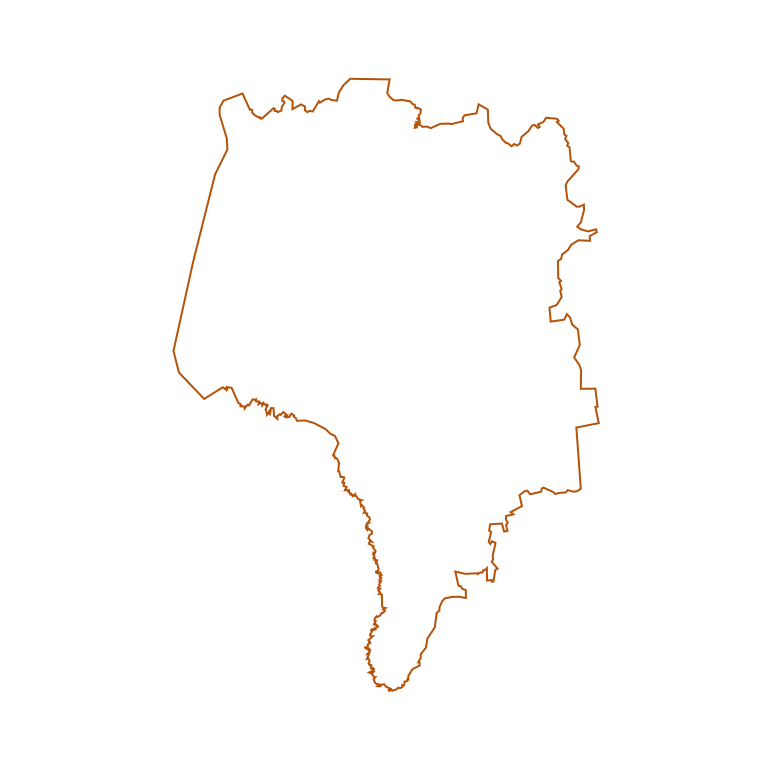 Listowel Lea-6, Kerry, Ireland (orthographic projection), rotated 282°
{"feature_id": "5873133B46430887417549", "entity_name": "Listowel Lea-6", "entity_type": "district", "adm_level": 2, "iso_a3": "IRL", "parent_name": "Ireland", "parent_adm1": "Kerry", "projection": "orthographic", "projection_center": [-9.67, 52.458], "detail": "fine", "context": "isolated", "style": "outline", "palette": "amber", "viewbox_px": 768, "rotation_deg": 282, "n_neighbors": 0, "source": "geoboundaries", "source_scale": "gbopen_adm2", "svg_char_len": 6124}
<svg xmlns="http://www.w3.org/2000/svg" viewBox="0 0 768 768"><g transform="rotate(282 384 384)"><path d="M390.4,602.2L405.6,595.5L406.2,597.6L423.4,591.7L420.2,577.5L438.5,573.9L443.2,571.1L449.5,564.5L463.0,567.4L477.7,562.3L481.2,555.8L487.6,552.2L490.4,548.4L484.4,546.9L479.7,534.1L493.1,530.0L497.1,536.4L505.9,539.7L512.0,537.0L514.0,538.0L520.0,534.3L521.6,535.8L523.8,532.4L540.4,528.6L543.3,531.3L547.7,531.3L553.7,536.3L559.1,538.1L565.0,544.3L566.9,555.7L571.5,554.5L576.8,560.6L579.4,559.3L575.6,551.7L576.4,543.8L578.0,540.3L583.2,543.0L595.8,543.5L601.0,542.2L598.3,538.7L597.5,535.7L602.3,525.1L616.3,520.3L620.2,521.3L634.6,529.6L637.5,529.2L637.7,526.9L641.0,523.6L640.5,521.5L641.2,520.3L654.1,516.3L655.2,513.6L658.0,514.1L661.3,510.2L664.7,510.8L665.5,508.5L671.0,506.7L676.3,498.6L677.7,500.1L679.4,498.1L678.1,487.2L673.5,485.5L669.9,480.6L667.9,482.8L666.4,481.3L668.7,477.5L667.7,475.2L661.4,472.7L654.3,467.2L647.3,466.9L644.9,464.4L645.8,461.4L643.1,459.5L645.3,454.9L645.0,453.4L648.1,448.6L650.8,446.6L651.9,442.5L655.9,435.3L661.2,431.7L674.0,428.5L677.2,418.4L668.0,418.2L663.6,407.0L660.7,405.7L657.4,406.6L652.1,395.5L652.3,393.8L650.2,384.9L644.0,376.6L644.7,372.4L643.5,368.1L644.7,366.3L644.7,363.5L643.4,362.3L641.9,362.8L641.0,360.8L645.0,360.6L645.5,363.5L646.9,361.5L647.2,364.7L650.6,363.4L649.5,362.5L650.4,361.4L652.1,362.8L654.1,362.0L655.9,363.4L660.2,363.0L661.2,359.4L660.4,359.0L660.8,357.2L663.5,356.1L663.8,353.7L665.9,351.0L665.6,342.0L663.8,337.1L663.7,334.1L666.3,329.5L669.2,326.7L683.1,326.2L675.5,287.5L667.9,282.3L660.1,279.3L651.4,279.1L650.8,274.2L651.6,270.4L649.8,266.9L645.8,262.8L647.1,261.5L635.8,257.7L635.5,254.1L634.0,252.5L635.3,249.7L639.0,248.9L640.2,244.7L633.8,237.3L641.1,236.0L642.3,234.9L645.4,227.0L642.0,225.1L639.7,225.7L639.5,227.7L638.3,228.2L634.3,226.5L630.0,226.7L627.9,223.6L628.6,222.9L628.4,220.2L630.4,220.0L630.8,218.6L618.1,209.3L618.0,208.0L619.1,207.4L618.5,206.6L619.8,202.3L621.9,198.7L624.5,198.2L625.0,196.7L624.4,195.8L638.7,185.2L627.8,168.1L620.2,165.8L613.2,167.2L591.6,179.1L580.9,182.1L554.0,175.2L463.9,171.9L372.5,171.2L352.5,181.1L332.0,211.2L347.3,227.0L345.9,229.8L347.7,230.4L345.7,231.5L348.4,232.1L348.6,235.7L335.2,245.5L334.8,247.3L332.6,248.2L333.3,249.0L332.4,249.3L333.1,252.3L331.1,252.8L335.4,254.8L335.1,256.5L341.7,258.7L341.5,260.5L342.5,262.1L340.4,262.5L340.9,265.4L338.1,265.5L339.9,267.1L339.7,268.4L337.7,269.3L340.4,270.1L339.0,271.3L339.5,272.6L338.8,273.0L339.6,273.5L339.0,274.7L333.5,273.3L334.4,273.8L329.6,275.9L333.7,277.5L329.6,278.8L337.0,278.5L337.3,281.0L329.9,283.1L327.7,286.9L330.6,286.2L332.7,288.5L332.3,289.4L335.6,291.4L333.9,294.6L331.5,293.4L331.3,295.0L332.3,295.8L331.2,295.7L332.1,298.3L335.7,299.7L334.6,302.6L333.4,302.4L332.3,304.8L329.9,306.6L331.9,314.3L331.3,323.6L327.8,336.0L324.2,341.9L322.9,346.9L316.5,351.8L303.8,349.0L303.2,349.3L303.6,350.3L301.3,351.5L301.8,352.3L300.7,354.1L297.2,356.5L289.1,357.3L289.2,358.3L284.0,360.9L284.7,363.4L284.3,364.7L278.9,363.7L279.0,365.7L276.0,365.5L275.5,368.8L271.9,367.8L272.7,370.7L271.4,371.4L272.5,372.0L269.0,373.8L269.8,374.9L268.6,375.6L269.0,377.0L268.2,377.0L269.8,378.4L268.5,378.3L269.0,379.7L266.3,382.4L265.7,386.4L264.6,384.9L259.8,386.8L261.0,387.5L258.9,389.8L259.4,390.8L258.1,389.8L256.1,391.6L254.3,391.2L255.0,392.1L253.6,393.0L253.9,394.5L251.9,394.7L250.2,397.7L248.4,398.5L245.1,396.9L245.0,398.1L243.3,396.0L239.6,396.1L238.6,397.1L240.5,397.7L238.0,398.5L239.2,399.4L237.4,402.8L235.2,403.4L233.3,401.2L230.0,400.8L227.1,405.0L226.9,402.8L224.6,402.3L223.1,407.5L221.9,407.0L219.1,410.4L217.1,410.4L216.9,408.8L216.1,409.1L216.5,410.5L215.2,408.7L213.8,410.4L211.5,409.9L211.6,411.3L210.1,411.1L210.4,413.7L209.9,412.4L208.3,412.9L209.2,413.9L206.7,413.7L206.7,414.7L201.8,417.3L199.8,416.8L199.5,415.4L199.0,417.6L198.8,415.3L197.1,415.3L198.2,415.9L197.6,417.3L199.0,419.2L196.7,421.1L196.1,419.4L195.2,419.7L195.6,420.7L193.8,419.7L194.5,420.6L193.3,421.7L192.3,420.3L189.9,420.6L190.4,422.0L186.5,420.9L185.7,422.0L183.1,420.3L182.3,421.3L182.7,422.6L180.6,421.5L179.3,423.5L177.5,422.6L177.7,425.7L166.3,428.3L165.0,429.4L165.1,432.0L163.3,430.1L162.5,432.0L160.1,430.9L159.7,429.3L156.8,428.4L154.5,425.5L155.1,424.9L152.6,423.7L150.6,423.9L150.5,425.0L147.7,424.4L148.4,425.2L146.3,425.6L146.8,426.8L145.4,428.6L143.1,425.7L142.5,426.7L141.3,425.5L141.7,423.3L140.7,422.6L139.9,423.0L140.5,423.9L135.5,422.4L134.6,423.6L134.9,425.5L130.2,421.9L128.3,424.5L128.6,422.3L127.7,424.2L125.9,422.3L123.3,422.7L122.5,420.4L121.6,420.9L121.5,422.5L122.4,423.3L121.4,425.3L120.6,424.2L119.7,425.7L116.4,423.9L117.0,425.5L111.4,424.4L112.2,425.9L109.7,427.6L107.4,427.0L106.1,428.3L106.7,429.0L106.2,430.2L103.5,430.0L102.8,431.2L103.9,432.4L103.1,433.2L102.7,432.1L101.6,433.1L98.7,429.4L98.4,431.2L99.5,433.3L97.8,432.4L95.1,435.5L95.4,436.4L93.0,435.3L90.5,436.9L89.2,438.5L89.1,441.9L87.1,440.4L87.5,443.3L89.3,443.9L90.4,446.5L88.4,448.8L87.4,453.4L85.9,452.1L84.9,452.8L86.3,455.0L85.1,456.5L86.0,456.1L87.9,459.8L89.9,461.0L89.9,463.1L91.5,464.9L93.3,464.4L93.2,466.0L94.7,466.4L97.1,465.9L98.1,468.3L100.2,468.3L100.0,469.3L103.5,468.5L111.1,471.2L116.0,477.4L119.0,476.7L118.8,475.3L123.6,476.9L127.2,476.1L134.8,479.8L144.0,479.4L156.6,484.3L171.0,483.1L173.8,485.3L177.2,484.7L184.1,486.2L187.1,488.4L189.8,494.6L191.5,501.3L191.7,508.6L199.3,506.9L200.0,502.9L202.1,501.3L202.2,498.7L215.4,492.8L215.2,502.9L218.4,515.2L217.7,515.3L219.8,517.5L220.1,519.6L222.5,519.8L222.8,521.3L225.3,522.9L213.1,525.7L214.6,529.8L213.1,530.3L213.4,532.1L225.4,531.5L227.0,533.5L232.5,526.3L235.0,527.2L238.7,526.0L250.9,526.2L251.8,526.0L252.6,522.1L249.6,521.3L251.4,519.2L260.5,519.6L261.8,519.3L262.4,517.3L268.9,517.1L272.0,528.4L264.6,532.2L266.1,535.3L271.3,532.7L274.1,533.9L276.9,531.4L280.2,530.8L283.4,537.6L285.0,534.5L293.3,544.3L303.5,539.6L308.4,544.0L309.5,546.5L306.5,549.8L311.4,560.2L314.5,560.0L315.8,561.5L313.6,571.5L312.0,574.7L313.8,577.6L315.7,584.3L318.4,585.8L318.0,591.5L319.1,594.9L322.4,598.3L381.4,581.2L390.4,602.2Z" fill="none" stroke="#b45309" stroke-width="2"/></g></svg>